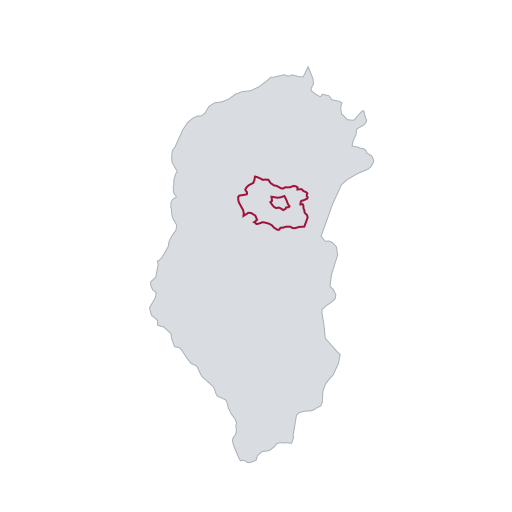 where Fejér sits in Hungary, rotated 113°
{"feature_id": "HUN-3162", "entity_name": "Fejér", "entity_type": "County", "adm_level": 1, "iso_a3": "HUN", "parent_name": "Hungary", "parent_adm1": "", "projection": "mercator", "projection_center": [18.516, 47.132], "detail": "fine", "context": "in_parent", "style": "outline", "palette": "rose", "viewbox_px": 512, "rotation_deg": 113, "n_neighbors": 0, "source": "natural_earth", "source_scale": "10m", "svg_char_len": 4087}
<svg xmlns="http://www.w3.org/2000/svg" viewBox="0 0 512 512"><g transform="rotate(113 256 256)"><path d="M407.9,150.7L413.3,150.0L413.5,150.1L414.8,150.5L415.7,154.5L415.9,154.7L417.2,157.4L418.5,160.9L420.4,163.5L424.6,164.6L430.1,167.9L433.7,174.0L439.1,176.6L439.5,176.7L440.5,176.4L444.4,176.1L445.2,177.4L448.3,180.4L449.5,183.0L448.8,185.8L449.4,188.9L450.6,190.1L449.2,192.2L439.1,202.7L435.2,205.5L432.6,206.1L428.5,205.0L424.2,205.9L420.4,208.1L417.0,208.8L414.3,211.5L410.9,217.2L406.7,222.1L402.5,225.1L400.3,227.8L400.0,237.1L397.7,239.7L394.5,242.4L392.8,244.8L388.0,258.8L384.3,263.3L380.9,266.8L380.3,269.9L380.4,273.5L376.4,280.7L371.3,288.1L370.3,291.2L371.4,295.3L366.5,300.0L363.6,302.3L361.3,303.3L359.8,306.3L357.4,313.5L358.0,316.7L358.1,319.6L353.9,321.4L352.7,324.6L351.6,328.6L349.9,330.4L345.2,333.8L333.6,332.3L329.2,333.4L327.9,335.8L327.6,337.7L326.1,339.5L323.5,341.8L320.8,342.8L314.7,340.0L301.7,342.8L299.4,344.8L297.6,343.4L294.8,342.1L281.8,340.5L276.6,341.7L269.7,341.2L263.4,339.8L258.6,341.0L254.4,346.6L252.4,348.5L250.7,349.7L247.1,351.5L244.1,353.6L240.1,355.1L236.6,354.9L233.2,352.5L232.0,353.0L230.9,355.2L229.1,357.1L224.0,359.5L222.8,359.4L222.5,359.4L218.6,361.2L212.2,362.1L209.0,361.4L203.2,369.2L201.4,370.6L195.9,373.0L191.4,374.2L187.5,373.2L186.0,373.1L168.7,372.7L159.8,371.1L154.0,368.1L150.1,364.7L148.3,360.9L143.8,358.7L136.8,357.8L131.3,354.1L127.3,347.5L122.0,342.2L115.3,338.3L110.0,332.8L106.1,325.7L99.0,319.3L88.8,313.6L85.7,312.3L85.1,310.5L80.1,303.4L78.0,300.8L78.1,297.2L77.1,295.2L75.3,293.8L74.4,288.7L73.8,284.9L72.4,282.5L61.4,282.0L70.6,272.8L75.1,270.3L80.4,270.7L82.1,269.9L82.5,268.6L83.4,265.6L83.9,262.8L84.3,260.1L83.8,258.6L81.2,258.2L80.0,251.6L81.3,249.2L82.6,247.4L81.0,239.5L81.5,236.7L85.6,236.3L89.0,234.6L91.8,232.7L92.6,230.2L94.9,225.1L92.8,219.0L80.9,214.9L80.3,213.4L83.0,211.6L86.0,209.1L87.7,207.2L90.0,206.9L93.2,207.9L99.0,212.4L101.2,213.0L103.3,211.7L105.6,211.4L111.9,211.6L117.3,210.5L116.1,205.8L116.1,202.3L115.2,199.5L115.7,196.4L117.9,194.0L118.6,188.7L121.9,185.0L123.5,184.5L129.4,185.2L130.7,186.1L131.7,186.3L141.0,195.2L149.9,201.8L157.2,205.2L167.8,205.5L179.2,205.8L198.1,204.6L212.4,203.8L213.3,202.1L215.5,198.1L213.7,194.7L213.8,190.7L216.2,185.5L223.3,181.2L243.4,179.3L255.0,176.0L256.7,171.6L260.6,167.3L264.1,166.4L268.9,168.4L274.7,172.2L279.7,174.3L282.7,173.0L292.9,166.5L304.7,160.1L312.8,142.9L313.7,140.1L322.4,138.2L335.3,138.5L341.8,140.8L346.8,142.0L354.2,141.6L364.9,137.8L368.8,137.9L371.9,140.6L375.2,142.8L377.5,145.6L379.2,149.5L380.1,151.0L381.6,153.0L384.3,155.7L386.9,156.5L406.7,151.7L407.9,150.7Z" fill="#d9dde1" stroke="#a8b0b8" stroke-width="1"/><path d="M181.0,274.4L183.2,271.0L184.0,266.9L183.4,264.7L183.9,259.2L183.1,257.1L181.5,256.2L179.4,251.4L176.9,249.0L176.3,246.8L176.6,244.5L178.6,243.9L176.7,240.2L177.1,238.8L177.7,237.8L177.6,235.3L178.2,233.3L179.5,233.2L180.9,232.8L181.9,231.3L183.1,231.3L186.4,234.2L187.2,235.5L188.2,236.1L191.2,235.3L190.7,234.3L190.0,233.5L190.8,232.3L193.7,230.8L195.3,229.1L196.4,228.7L197.3,227.8L198.5,224.9L200.4,223.5L210.1,223.0L212.4,227.6L215.3,231.2L216.0,233.4L215.6,235.8L217.1,239.5L217.8,240.4L219.5,242.4L219.9,243.6L220.6,244.6L222.6,244.8L223.5,246.2L222.9,250.5L221.7,252.9L221.4,254.5L221.2,256.2L221.3,257.9L221.8,261.2L222.3,262.9L222.6,263.6L223.5,264.2L226.3,267.7L226.3,268.5L226.0,269.0L225.7,269.5L225.6,270.0L225.6,270.9L222.3,269.1L219.1,272.4L218.3,277.1L219.2,279.9L224.0,283.2L221.3,284.0L218.8,285.8L213.2,292.9L210.8,294.5L209.7,294.9L208.7,295.5L207.0,295.0L202.9,288.6L201.8,288.7L200.6,289.5L199.9,290.9L199.2,291.7L198.5,291.9L196.1,291.4L193.7,290.3L189.7,287.0L189.2,287.2L186.3,287.2L183.3,288.0L182.9,285.7L183.0,280.9L183.2,280.4L183.4,279.8L182.2,277.7L181.0,274.4ZM199.4,247.2L198.3,244.9L197.1,244.6L195.7,246.9L192.5,250.0L189.7,253.3L192.4,256.3L194.1,259.3L194.8,262.5L195.4,264.9L198.9,262.8L200.8,263.8L202.9,260.5L203.9,258.2L203.9,255.8L202.5,254.0L202.5,251.9L203.1,248.9L201.0,247.2L199.4,247.2Z" fill="none" stroke="#9f1239" stroke-width="2"/></g></svg>